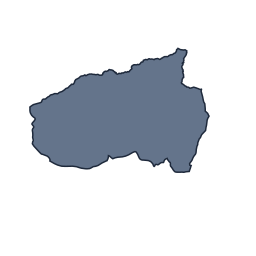 Viracachá, Boyacá, Colombia, rotated 149°
{"feature_id": "7082276B30713394717050", "entity_name": "Viracachá", "entity_type": "district", "adm_level": 2, "iso_a3": "COL", "parent_name": "Colombia", "parent_adm1": "Boyacá", "projection": "orthographic", "projection_center": [-73.275, 5.447], "detail": "fine", "context": "isolated", "style": "filled", "palette": "slate", "viewbox_px": 256, "rotation_deg": 149, "n_neighbors": 0, "source": "geoboundaries", "source_scale": "gbopen_adm2", "svg_char_len": 5811}
<svg xmlns="http://www.w3.org/2000/svg" viewBox="0 0 256 256"><g transform="rotate(149 128 128)"><path d="M201.3,196.5L202.1,195.0L202.9,193.8L203.5,192.5L203.9,191.3L204.0,189.7L204.0,188.5L203.6,186.7L202.7,184.4L202.9,183.5L203.4,183.0L203.9,182.9L204.7,182.4L205.2,182.3L207.3,181.6L207.9,181.3L208.2,181.0L208.4,180.6L208.1,178.3L208.2,177.6L208.6,177.0L209.9,176.5L210.6,176.0L210.9,175.7L211.4,174.9L211.9,173.5L212.5,172.3L213.3,170.8L214.3,169.5L214.6,169.0L214.9,168.1L215.0,167.7L215.4,166.5L215.7,166.0L216.0,165.7L216.6,165.4L217.0,165.1L217.7,164.1L218.1,163.8L218.0,161.1L217.8,160.0L216.5,153.6L216.3,152.7L215.9,151.0L215.6,150.3L215.3,149.9L214.8,149.5L212.6,146.7L211.5,145.2L211.0,143.1L211.0,142.1L211.3,140.6L212.0,140.0L209.4,135.4L207.4,132.5L204.7,129.6L203.3,128.6L202.5,128.1L201.3,127.3L197.6,125.2L195.3,123.9L192.0,121.3L190.3,119.3L188.7,117.6L185.6,115.1L184.1,114.1L181.8,113.0L180.2,112.8L178.0,112.8L177.5,112.7L175.3,111.8L172.9,111.3L168.2,111.4L164.0,111.0L162.7,110.8L162.5,111.1L162.0,111.4L161.4,111.7L160.6,112.4L159.8,113.2L159.0,114.4L158.6,113.9L158.3,113.5L157.5,110.9L156.9,109.5L156.4,109.4L154.7,109.2L151.8,108.2L147.7,106.2L144.6,105.2L141.3,104.7L136.4,104.6L134.2,104.2L133.5,103.5L133.3,102.2L133.3,100.4L133.7,97.5L133.8,95.8L133.5,94.8L133.0,93.9L132.2,93.1L131.2,92.5L127.3,89.6L125.8,87.5L125.2,84.6L125.6,82.2L125.6,82.3L125.5,81.9L125.4,81.6L125.1,81.6L124.7,81.7L123.8,82.3L123.4,82.5L123.0,82.5L122.6,82.3L121.9,81.7L121.8,81.4L121.1,81.0L120.3,81.0L118.3,81.3L117.5,81.2L117.1,81.1L116.4,80.8L115.6,80.2L115.0,80.3L113.9,81.3L112.7,81.9L111.6,82.0L110.1,81.8L110.3,80.9L110.3,80.1L110.2,79.3L110.0,77.5L109.7,77.0L109.6,76.7L109.9,75.7L110.3,75.2L110.9,74.1L111.1,73.5L110.8,70.6L110.8,68.7L110.6,67.3L110.3,66.3L110.1,66.0L109.9,65.8L108.9,65.0L106.8,63.7L105.6,63.0L104.4,62.4L103.3,61.5L102.1,61.0L101.0,60.7L97.9,59.2L96.3,60.6L95.5,61.2L93.8,62.8L93.2,63.3L93.7,63.7L94.2,64.3L93.5,65.8L90.4,67.1L89.3,67.7L88.4,68.5L87.0,69.4L85.4,70.2L84.8,70.4L83.7,70.8L83.0,71.3L82.2,72.1L80.3,74.7L79.6,75.4L78.5,76.7L77.4,77.4L76.7,78.0L75.8,79.4L73.4,81.3L72.5,82.0L71.1,82.4L70.4,82.8L69.3,83.7L68.2,84.4L62.8,85.9L60.7,88.5L59.3,89.9L56.1,94.0L54.5,95.3L52.6,96.3L52.4,96.5L52.4,97.7L52.2,99.0L52.2,99.7L53.1,102.7L52.0,104.5L49.7,109.2L49.7,111.2L49.1,113.2L47.9,116.5L46.4,121.8L46.0,122.4L45.2,123.1L45.1,123.4L45.8,123.6L46.5,124.2L47.1,124.9L47.7,125.8L48.4,126.5L48.6,126.9L49.6,128.0L50.0,128.5L50.7,129.2L53.0,129.7L54.6,130.3L54.8,131.2L55.2,131.8L55.7,132.3L56.1,132.5L56.6,132.9L56.8,134.0L57.4,134.6L58.0,136.5L58.7,138.0L58.8,138.3L59.1,138.5L58.9,139.4L58.7,139.5L58.4,139.6L57.7,140.1L56.8,141.5L56.2,141.9L55.6,142.5L55.3,142.6L54.4,142.6L54.2,142.7L54.0,143.0L53.5,144.2L53.1,144.8L52.9,145.3L52.6,147.2L51.6,147.9L51.6,148.1L51.9,148.3L51.9,148.5L51.6,148.7L51.2,148.9L50.9,149.2L50.9,149.8L51.1,150.2L51.1,150.5L50.9,150.9L50.7,151.1L50.7,151.9L50.6,152.3L50.5,152.7L50.0,153.2L48.6,153.8L48.1,154.2L47.9,154.6L48.2,155.4L48.0,155.6L47.7,155.8L46.8,155.3L46.5,155.4L46.1,156.6L46.0,156.8L45.5,157.0L45.1,157.4L44.7,158.7L44.5,158.9L44.2,158.9L43.8,159.2L42.1,160.0L41.3,160.3L40.2,161.0L39.7,161.5L39.5,162.0L39.4,162.1L39.2,162.0L38.9,162.2L38.7,162.4L38.5,163.3L38.3,163.5L37.9,163.7L38.6,165.4L38.8,165.5L39.7,166.1L40.1,166.1L42.9,168.4L43.9,170.2L44.2,170.5L44.4,170.3L44.7,170.2L45.5,170.2L46.1,170.0L46.7,169.2L47.3,168.7L48.7,168.1L49.4,168.0L50.2,168.3L51.3,168.1L52.4,168.1L53.0,168.4L53.2,168.7L55.5,169.0L56.7,168.7L57.4,168.8L57.6,168.9L58.2,169.4L58.6,169.6L59.8,170.3L61.4,170.5L62.4,170.3L63.4,170.6L64.5,170.3L65.1,170.3L65.6,170.5L65.9,171.1L66.8,172.3L67.8,172.7L69.1,173.2L69.4,173.3L70.1,173.1L70.5,173.2L70.6,173.3L70.8,173.7L71.2,174.1L72.1,174.9L72.5,175.1L73.3,175.4L74.1,176.4L74.5,176.6L76.4,176.6L76.9,177.0L77.2,177.4L77.9,177.8L78.6,177.8L79.7,178.1L80.0,178.1L80.4,177.7L80.8,177.2L81.0,177.1L81.5,177.1L82.3,177.5L83.0,177.5L83.8,177.1L85.4,176.6L86.3,176.9L86.7,177.1L86.9,177.5L88.3,177.8L88.8,178.1L89.3,178.6L90.3,179.1L90.6,179.0L90.8,179.1L91.0,179.3L92.1,179.1L92.6,179.2L92.8,179.1L93.3,178.7L93.7,178.5L94.0,177.6L94.1,176.9L94.3,176.7L95.4,176.6L97.8,175.9L98.0,175.7L98.3,175.7L98.5,175.8L99.3,176.5L100.3,176.5L100.8,176.6L101.1,177.2L101.6,177.5L103.7,177.6L103.9,177.6L104.7,178.3L105.2,178.4L105.8,178.2L106.1,178.3L106.7,178.9L107.3,179.1L107.5,179.5L108.0,179.5L109.1,179.5L109.4,179.6L110.1,180.7L110.0,181.2L109.7,181.5L109.8,181.7L110.3,181.7L110.4,181.8L110.6,182.3L110.4,182.7L110.4,183.0L110.9,183.6L111.1,184.9L111.7,185.3L111.8,185.9L112.1,186.2L112.8,186.6L113.6,187.4L114.0,187.8L114.5,187.7L115.4,187.3L116.3,187.5L116.9,187.5L117.4,187.6L117.9,188.2L118.1,188.3L119.1,188.5L119.9,188.4L120.1,188.3L120.3,188.0L120.5,187.9L121.3,188.0L122.2,186.9L123.1,186.8L123.4,186.8L123.7,187.2L124.4,187.4L125.0,187.7L125.4,188.2L125.9,189.1L126.1,189.4L126.4,189.6L127.3,189.9L128.1,190.2L129.5,191.5L130.3,191.9L131.4,193.0L132.8,193.8L133.3,194.1L134.1,194.2L135.0,194.5L135.8,194.5L136.4,194.4L136.9,194.5L137.3,194.7L137.5,195.6L137.8,195.8L138.4,195.7L139.7,195.9L141.3,196.6L142.2,196.7L144.3,196.2L144.9,196.2L147.7,196.4L148.2,196.3L148.5,196.0L149.2,195.8L149.5,195.6L150.4,194.7L151.2,194.2L151.8,193.9L152.5,193.7L152.8,193.8L153.4,194.4L153.8,194.6L154.2,194.6L155.2,194.1L155.7,194.1L156.3,194.1L158.2,193.5L159.2,193.4L160.6,193.8L161.3,193.8L162.8,193.4L164.2,193.4L165.3,193.2L167.3,193.6L168.1,193.8L169.1,193.8L170.3,193.6L170.9,193.7L172.2,194.7L173.2,195.3L175.6,195.6L176.5,196.0L177.6,196.2L179.3,195.7L180.6,195.9L181.6,195.7L182.2,195.7L183.4,195.4L184.1,195.5L185.6,196.3L186.2,196.4L186.8,196.3L187.6,195.8L188.7,194.9L189.3,194.8L190.7,195.0L192.0,195.4L197.1,196.8L199.3,196.7L201.3,196.5Z" fill="#64748b" stroke="#1e293b" stroke-width="1.5"/></g></svg>